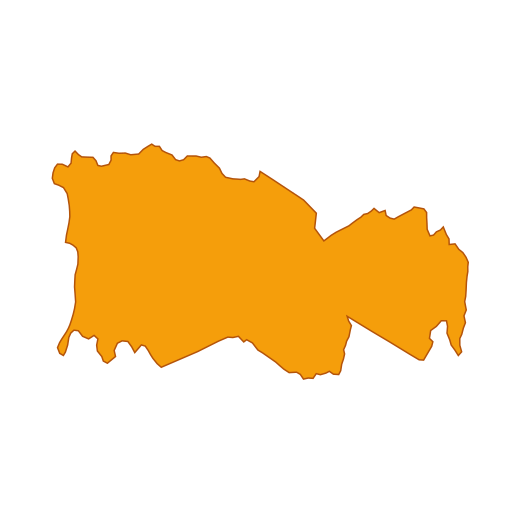 the district of Cabo de Santo Agostinho, Pernambuco, Brazil, rotated 172°
{"feature_id": "56859067B83174667423697", "entity_name": "Cabo de Santo Agostinho", "entity_type": "district", "adm_level": 2, "iso_a3": "BRA", "parent_name": "Brazil", "parent_adm1": "Pernambuco", "projection": "natural_earth1", "projection_center": [-35.086, -8.276], "detail": "fine", "context": "isolated", "style": "filled", "palette": "amber", "viewbox_px": 512, "rotation_deg": 172, "n_neighbors": 0, "source": "geoboundaries", "source_scale": "gbopen_adm2", "svg_char_len": 2990}
<svg xmlns="http://www.w3.org/2000/svg" viewBox="0 0 512 512"><g transform="rotate(172 256 256)"><path d="M295.2,179.6L290.3,178.5L284.6,178.9L280.1,172.6L276.9,174.4L271.6,170.4L269.6,166.8L267.2,162.6L262.9,159.1L257.1,153.7L251.3,148.3L247.9,144.3L244.2,140.1L239.4,135.9L232.0,135.3L228.6,132.6L226.1,127.5L221.3,127.9L216.5,126.9L212.7,131.1L208.8,129.5L203.1,130.3L199.4,131.6L195.8,128.2L190.6,127.1L188.1,130.6L186.2,136.9L183.7,141.9L181.9,146.7L182.3,151.0L179.8,155.0L178.1,159.1L175.2,163.1L172.9,169.7L171.2,173.8L173.3,178.7L174.1,183.6L151.2,164.8L135.6,152.3L128.3,146.3L117.5,137.4L108.9,130.5L104.5,129.6L94.6,142.1L92.8,146.5L95.7,150.3L93.4,157.9L87.2,161.2L81.5,166.1L76.4,165.3L76.1,159.7L77.6,153.0L75.8,145.9L75.1,140.7L72.2,135.3L69.5,129.3L65.7,132.5L66.6,139.2L65.7,145.9L63.2,149.7L60.7,155.7L57.9,160.8L58.4,167.8L55.3,173.3L55.7,181.8L54.0,186.7L52.8,192.5L51.3,200.6L49.8,206.7L48.4,211.1L47.8,215.9L46.7,220.2L48.2,225.5L50.7,230.6L54.2,234.3L57.2,240.3L63.1,240.5L62.5,246.0L64.5,250.7L66.5,258.7L69.7,256.1L74.0,254.8L77.3,252.0L80.9,251.7L82.8,258.6L82.2,264.1L81.7,270.1L81.0,275.3L83.2,279.3L88.4,281.1L92.6,282.5L95.8,280.0L103.4,277.3L109.5,275.1L114.0,273.3L118.0,274.9L121.5,278.0L121.8,283.1L128.0,281.8L132.5,286.7L135.5,284.5L139.5,282.5L143.5,282.2L146.8,279.8L150.7,278.0L155.7,275.3L159.9,272.9L164.7,271.3L173.3,268.4L178.7,266.0L182.0,264.1L186.7,261.5L194.1,275.3L192.5,281.4L190.3,290.0L201.1,304.8L229.0,329.5L240.2,339.2L241.9,334.2L247.7,329.8L251.7,331.1L256.7,334.0L260.5,334.0L264.6,334.9L268.1,335.6L275.2,338.2L278.2,342.5L280.0,348.1L284.4,353.9L288.0,359.4L291.3,361.4L296.4,361.4L301.3,363.3L310.1,364.6L314.3,361.4L318.6,360.8L322.2,362.6L325.1,367.7L331.0,371.1L334.3,373.5L336.4,378.0L340.8,378.7L343.7,381.3L348.0,379.5L352.8,377.3L358.0,373.3L366.0,373.7L371.0,376.1L377.4,376.8L382.8,378.4L385.6,375.3L386.2,371.0L389.0,367.1L396.6,366.4L400.0,367.7L401.2,372.6L403.7,376.4L410.0,377.5L414.8,378.4L417.7,381.1L420.6,385.1L423.7,382.8L425.0,378.8L426.2,373.7L429.8,370.4L435.0,373.8L439.8,374.6L443.1,371.3L445.4,366.6L446.9,361.3L445.6,355.7L441.7,353.7L437.1,350.5L434.3,344.1L434.0,338.9L433.9,332.1L434.3,326.0L434.9,320.8L436.6,314.8L438.7,308.8L440.8,303.0L442.7,296.0L438.7,294.5L435.8,292.3L432.9,289.1L431.9,284.9L432.2,280.0L433.5,272.7L435.6,267.5L437.7,262.6L438.9,256.6L440.0,250.6L440.4,243.9L441.0,235.6L443.1,228.9L445.1,223.8L447.8,217.9L449.8,213.9L451.8,210.6L454.2,207.3L457.0,204.1L460.0,200.7L462.5,197.6L465.3,192.9L463.9,186.9L460.6,184.3L458.1,187.4L454.9,194.1L452.7,201.4L450.2,205.4L446.6,207.9L442.3,206.7L438.9,200.6L433.3,197.2L427.4,199.9L424.1,195.9L426.2,189.9L426.3,184.0L422.7,177.9L421.8,173.2L418.1,170.5L409.1,176.0L409.6,182.2L405.4,188.9L400.4,190.6L394.8,189.2L391.7,183.3L389.5,177.2L381.9,183.9L378.2,182.2L375.8,177.3L374.2,173.1L372.4,169.1L368.9,163.2L365.3,159.0L327.0,169.5L321.7,171.3L305.0,176.9L295.2,179.6Z" fill="#f59e0b" stroke="#b45309" stroke-width="1.5"/></g></svg>